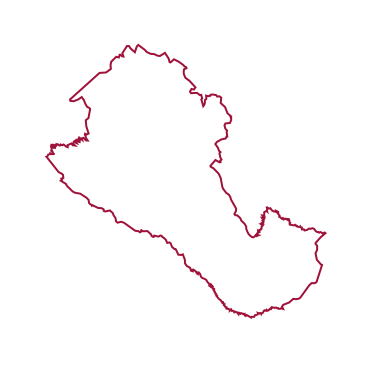 Shabunda, Sud-Kivu, Democratic Republic of the Congo, rotated 316°
{"feature_id": "63176286B28648737127916", "entity_name": "Shabunda", "entity_type": "district", "adm_level": 2, "iso_a3": "COD", "parent_name": "Democratic Republic of the Congo", "parent_adm1": "Sud-Kivu", "projection": "equal_earth", "projection_center": [27.534, -3.007], "detail": "fine", "context": "isolated", "style": "outline", "palette": "rose", "viewbox_px": 384, "rotation_deg": 316, "n_neighbors": 0, "source": "geoboundaries", "source_scale": "gbopen_adm2", "svg_char_len": 6042}
<svg xmlns="http://www.w3.org/2000/svg" viewBox="0 0 384 384"><g transform="rotate(316 192 192)"><path d="M259.4,314.3L259.2,313.2L257.3,312.7L256.7,310.2L255.2,309.6L255.3,308.8L254.3,307.8L253.8,306.2L254.2,303.3L253.4,301.6L251.6,300.8L250.8,299.6L248.6,299.3L246.2,297.8L246.5,296.5L245.1,295.3L246.3,293.9L245.7,293.2L246.0,291.9L245.3,292.0L244.0,290.6L243.9,289.1L243.4,289.1L243.4,287.2L242.1,286.8L239.7,283.5L240.0,282.7L241.1,282.5L241.0,281.9L242.2,280.1L241.9,280.1L242.1,278.6L242.5,278.4L241.5,277.2L241.2,277.6L240.9,276.3L239.6,275.8L239.5,274.7L238.7,274.9L238.9,273.7L238.0,273.5L238.0,271.6L237.5,270.4L238.6,269.8L238.7,267.8L240.2,266.1L239.5,264.3L238.9,264.8L238.9,264.0L238.5,264.4L237.3,262.7L236.7,261.0L237.1,258.1L235.9,257.5L235.5,255.4L235.0,255.1L234.2,256.7L233.1,257.1L232.5,258.2L232.4,257.3L229.9,256.7L227.5,259.2L226.3,257.7L226.1,258.9L225.5,259.0L226.0,260.1L225.4,260.2L226.4,260.8L225.7,261.4L224.9,261.3L224.3,260.0L224.0,262.0L222.7,261.7L222.6,263.2L221.4,262.9L221.1,264.2L220.1,263.2L219.9,264.2L219.3,263.5L219.4,264.4L220.0,264.9L219.0,265.4L218.1,265.3L216.7,266.4L216.5,265.5L216.3,266.5L215.2,266.8L214.1,266.1L212.8,267.7L212.0,267.1L212.1,266.2L211.1,267.3L209.9,267.0L209.3,268.3L209.9,269.4L208.4,268.8L208.8,267.9L208.2,267.3L207.4,268.2L206.8,267.4L204.9,267.4L203.9,266.2L203.5,264.4L203.5,261.5L204.2,259.2L205.3,256.4L207.0,254.5L207.7,251.5L207.6,246.6L208.5,244.7L208.5,242.4L208.3,240.2L207.0,238.8L207.3,237.2L210.5,236.2L212.2,234.6L214.9,224.2L215.9,222.7L216.7,219.7L216.0,216.5L216.6,211.4L217.3,209.5L222.3,202.0L223.9,197.4L223.9,189.8L223.0,186.8L223.4,186.0L231.1,185.3L232.4,189.8L233.3,190.3L234.1,189.0L235.7,189.2L236.4,186.8L238.6,183.2L240.2,183.1L240.1,180.9L241.3,178.5L242.1,173.7L244.7,173.3L249.7,174.6L253.4,176.9L255.4,176.1L255.9,176.6L258.5,173.0L259.9,172.2L260.0,169.6L261.7,166.6L263.7,165.9L267.2,168.7L270.1,167.5L272.1,165.4L271.6,165.4L272.5,163.5L272.2,160.1L274.8,153.8L274.4,148.0L278.6,144.4L278.2,142.2L276.4,140.8L276.7,139.2L274.7,136.3L273.4,135.2L272.2,135.1L271.8,136.2L271.7,134.9L270.2,134.4L269.1,132.5L267.0,135.0L265.2,134.9L262.4,137.4L261.4,137.1L261.0,137.9L259.7,138.1L263.0,131.9L264.3,131.8L266.1,128.5L265.0,127.8L264.4,124.1L259.9,120.2L260.3,118.4L263.2,117.5L264.5,119.6L267.2,119.1L267.4,110.3L266.6,105.3L267.9,101.8L269.3,100.0L271.4,98.2L274.1,99.1L274.5,98.3L273.9,96.6L273.9,94.2L272.9,88.8L271.2,84.0L266.6,83.9L266.1,83.0L267.9,79.8L269.2,73.1L263.4,71.9L261.8,69.8L260.6,66.6L258.1,63.7L256.7,59.7L256.8,57.0L255.5,48.9L253.3,49.0L248.0,51.8L247.5,45.8L248.1,43.3L246.6,41.8L238.3,43.8L236.8,46.9L236.0,45.8L235.7,43.3L235.3,43.0L232.8,44.4L231.4,42.1L224.3,42.2L221.7,44.0L219.1,47.1L213.2,46.3L208.2,42.1L168.5,40.7L167.8,42.0L169.9,44.5L174.5,46.4L178.6,47.1L178.1,50.7L176.5,54.6L175.7,58.0L176.5,60.0L176.4,61.5L168.9,66.9L165.4,66.6L161.7,71.2L158.2,78.1L156.3,77.5L155.6,75.8L154.7,76.4L154.3,77.9L153.3,79.1L152.7,82.5L151.6,81.3L151.5,77.6L149.9,76.8L149.2,78.2L148.8,75.4L147.8,76.9L147.2,76.8L147.1,76.0L148.2,75.1L148.1,74.6L146.6,75.2L146.3,77.6L145.9,78.0L145.3,77.1L145.8,74.7L145.3,74.3L144.8,75.5L143.5,75.2L143.0,77.0L142.7,76.4L143.3,73.9L141.9,73.7L140.0,75.3L140.1,77.3L138.6,75.4L139.2,73.4L135.1,71.9L133.7,73.4L133.1,72.1L132.6,68.6L131.2,68.3L130.5,66.6L129.6,67.0L129.0,66.5L128.6,64.4L127.6,63.5L127.5,62.5L126.8,64.4L126.2,64.4L125.1,61.7L123.8,60.5L123.5,61.1L124.6,64.7L124.1,65.1L123.2,64.2L122.9,62.1L122.3,61.3L120.3,64.5L119.5,64.4L119.1,65.2L119.7,66.1L118.9,67.7L119.5,69.2L117.4,67.4L116.8,65.6L116.0,66.1L114.5,65.2L112.3,66.1L111.8,65.7L109.9,85.0L111.1,88.7L111.1,90.1L109.2,92.5L108.2,92.0L107.5,92.6L107.1,91.9L106.5,92.8L105.4,92.7L106.9,98.4L106.3,101.0L106.5,108.6L107.2,111.0L110.5,115.7L112.1,122.9L112.1,125.9L110.3,128.4L110.3,130.2L110.9,131.7L110.5,132.5L111.4,132.7L113.3,138.1L115.9,141.1L116.4,143.1L115.4,144.3L116.0,145.7L120.1,148.2L120.4,152.3L119.6,153.7L118.8,157.7L117.0,160.4L117.1,162.3L120.3,164.2L121.7,166.7L124.2,180.4L126.2,182.9L126.6,184.9L128.2,185.2L129.1,183.5L129.0,185.0L129.6,186.3L132.8,189.2L133.1,194.2L132.4,195.3L132.8,197.2L133.3,197.7L134.5,197.1L136.9,200.8L139.0,201.3L139.7,202.5L139.4,203.6L139.9,205.5L140.0,208.2L138.8,211.4L140.7,212.6L141.0,214.0L139.5,217.6L139.8,221.0L140.5,221.5L140.5,222.1L138.6,227.6L140.6,229.9L142.1,230.5L139.7,236.0L137.4,238.4L136.9,241.8L138.0,245.2L136.6,247.9L137.5,249.5L138.4,248.3L139.1,248.7L139.6,252.0L138.9,253.8L139.2,255.2L140.6,254.1L141.0,254.6L140.8,257.0L139.6,259.1L139.7,261.2L140.7,263.1L141.2,265.3L140.6,267.4L140.6,270.3L139.3,271.4L139.7,272.5L140.1,271.4L141.4,271.3L141.3,274.3L139.8,274.2L140.5,276.5L140.0,276.5L140.2,277.4L139.3,277.7L139.3,279.3L138.7,279.6L138.6,281.1L138.2,281.4L138.5,282.4L137.8,282.9L137.9,283.9L137.4,283.9L137.1,287.4L137.5,290.2L137.0,291.4L137.5,292.1L136.7,293.1L136.9,293.8L137.5,293.7L137.0,295.0L137.3,295.3L136.3,295.7L136.6,296.4L136.1,297.3L136.7,298.8L135.9,299.5L136.5,300.2L136.2,300.6L137.0,301.3L137.4,302.9L137.1,303.2L137.7,303.1L137.7,304.3L138.5,304.0L138.2,305.2L139.3,306.4L138.8,307.9L139.9,308.1L140.7,309.8L140.6,311.0L141.0,310.9L140.8,311.8L141.4,311.3L142.2,311.9L142.0,313.2L143.3,313.3L144.1,315.8L144.7,315.7L144.9,317.0L144.5,316.8L144.4,317.6L144.8,317.4L144.6,317.9L145.2,318.8L146.0,318.7L147.3,323.5L148.2,323.3L150.1,325.0L151.7,324.4L154.0,325.7L155.2,325.5L155.4,324.9L156.1,326.3L156.9,326.3L157.4,327.0L157.1,327.8L157.8,327.5L158.7,328.1L161.4,327.4L162.7,328.8L162.8,328.4L163.4,329.1L163.8,328.8L163.9,329.6L164.7,330.3L166.5,330.2L167.2,330.9L167.4,330.4L169.2,330.3L169.1,331.0L170.1,331.2L170.7,332.5L172.2,333.5L172.5,334.7L173.3,335.3L173.1,336.0L174.1,337.2L175.3,337.5L176.3,339.4L177.2,337.0L179.2,336.5L185.2,339.0L190.6,339.2L192.4,341.4L194.8,343.0L196.8,343.2L211.2,340.6L214.7,340.6L216.9,342.8L219.0,343.3L234.9,334.8L234.4,333.5L234.8,327.4L238.4,321.8L241.7,320.6L244.6,317.7L244.9,315.1L245.5,314.5L253.3,313.9L259.4,314.3Z" fill="none" stroke="#9f1239" stroke-width="2"/></g></svg>